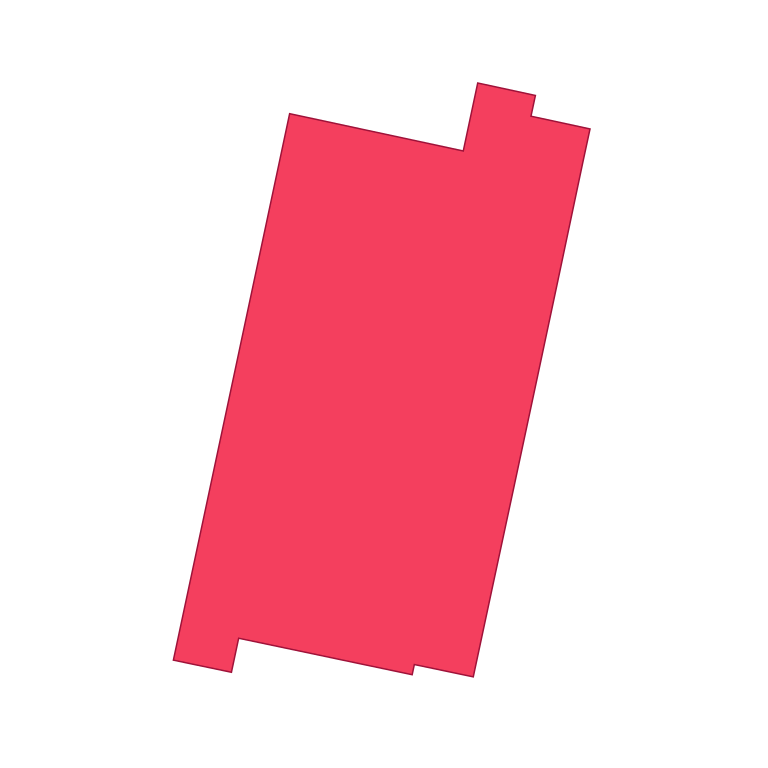 outline of Daniels, Montana, United States of America, rotated 102°
{"feature_id": "52423323B93152505552387", "entity_name": "Daniels", "entity_type": "district", "adm_level": 2, "iso_a3": "USA", "parent_name": "United States of America", "parent_adm1": "Montana", "projection": "equal_earth", "projection_center": [-105.604, 48.781], "detail": "fine", "context": "isolated", "style": "filled", "palette": "rose", "viewbox_px": 768, "rotation_deg": 102, "n_neighbors": 0, "source": "geoboundaries", "source_scale": "gbopen_adm2", "svg_char_len": 395}
<svg xmlns="http://www.w3.org/2000/svg" viewBox="0 0 768 768"><g transform="rotate(102 384 384)"><path d="M254.8,532.5L697.9,532.6L697.7,473.3L662.9,473.3L662.5,296.0L652.1,296.0L651.9,235.8L559.8,235.7L458.7,235.5L345.9,235.4L247.9,235.4L124.5,235.6L91.7,235.5L91.5,295.9L70.3,295.9L70.1,354.9L139.6,354.9L139.2,532.5L254.8,532.5Z" fill="#f43f5e" stroke="#9f1239" stroke-width="1.5"/></g></svg>